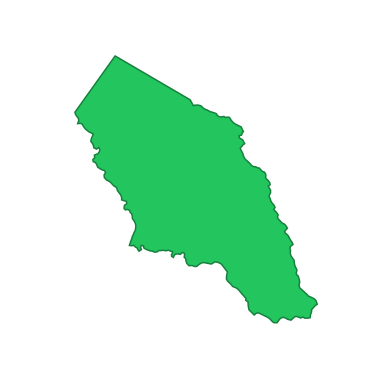 Arneiroz, Ceará, Brazil, rotated 76°
{"feature_id": "56859067B67924871405928", "entity_name": "Arneiroz", "entity_type": "district", "adm_level": 2, "iso_a3": "BRA", "parent_name": "Brazil", "parent_adm1": "Ceará", "projection": "orthographic", "projection_center": [-40.1, -6.242], "detail": "fine", "context": "isolated", "style": "filled", "palette": "green", "viewbox_px": 384, "rotation_deg": 76, "n_neighbors": 0, "source": "geoboundaries", "source_scale": "gbopen_adm2", "svg_char_len": 3649}
<svg xmlns="http://www.w3.org/2000/svg" viewBox="0 0 384 384"><g transform="rotate(76 192 192)"><path d="M342.6,107.8L341.0,107.2L339.1,106.3L337.4,105.1L335.0,104.3L333.7,102.3L332.2,100.2L331.2,97.6L329.3,97.8L327.6,97.9L325.4,99.0L323.7,101.0L322.4,102.5L321.0,104.4L318.7,105.4L317.3,106.6L315.8,107.4L313.4,109.1L310.8,110.8L307.9,110.6L305.5,109.3L303.6,109.1L301.2,109.2L299.4,109.2L298.0,110.2L296.2,110.6L294.5,109.7L292.8,109.0L290.5,109.6L288.2,110.0L285.8,109.9L282.8,109.5L280.4,110.5L277.9,111.4L274.8,111.4L273.0,110.6L270.8,110.7L268.6,109.7L267.4,106.7L265.0,107.1L263.0,107.8L260.6,108.6L257.7,109.2L256.0,110.2L254.6,111.4L252.8,111.7L251.3,109.9L250.2,108.2L247.7,108.9L245.6,110.0L243.7,112.2L240.5,113.9L238.9,114.9L237.0,115.2L235.1,113.9L232.1,115.0L228.7,117.0L227.2,115.2L225.2,115.4L222.4,116.8L219.7,117.7L217.5,117.7L215.3,118.3L213.2,117.3L211.9,116.0L209.1,115.3L207.1,116.0L204.8,116.6L203.9,114.5L202.1,114.3L199.5,115.1L197.4,116.6L195.8,117.1L194.1,116.4L192.3,116.2L190.2,116.9L189.2,118.5L187.4,119.8L185.2,120.7L184.2,122.8L183.0,124.0L182.4,125.8L181.1,127.5L179.2,128.5L177.5,129.4L174.5,131.4L172.3,132.8L169.5,133.3L166.7,133.4L163.6,134.2L161.2,134.7L159.8,132.7L158.7,131.2L157.8,129.2L155.5,129.8L153.7,130.2L152.3,131.7L150.9,132.9L148.8,132.6L148.8,130.2L146.9,129.0L145.8,127.5L143.2,128.1L140.8,128.5L138.7,131.0L137.4,132.6L135.1,134.9L132.2,136.5L128.7,137.6L128.0,139.1L127.8,141.4L126.4,142.8L126.3,145.1L125.7,147.3L123.8,148.9L121.8,149.5L120.1,152.0L118.4,155.0L116.3,157.2L114.4,159.9L112.5,161.3L110.8,162.2L109.2,164.8L108.5,167.7L108.5,169.8L102.1,171.5L41.4,233.7L86.3,286.3L88.4,286.3L90.9,285.4L93.0,284.4L95.5,284.7L98.0,286.4L98.4,283.7L99.4,282.2L101.4,281.7L103.3,281.0L105.3,280.1L107.1,278.7L108.9,277.3L110.2,275.6L111.9,273.8L114.3,275.6L116.6,277.2L118.6,277.9L120.8,276.8L122.8,276.4L125.3,276.6L127.3,274.3L126.3,271.8L128.5,271.1L130.3,272.0L132.1,273.9L132.3,276.0L132.6,277.8L135.1,278.1L136.6,280.4L138.7,280.5L140.0,278.6L142.0,277.9L145.0,277.5L147.1,275.7L148.9,273.7L149.9,271.8L152.1,271.1L154.0,273.1L156.7,273.6L159.9,271.9L161.0,270.5L162.7,268.8L165.3,267.4L167.5,266.1L168.7,264.7L170.5,263.9L172.3,264.1L174.1,263.4L175.7,262.7L177.9,261.8L180.1,261.6L182.7,262.2L184.2,259.7L185.2,257.9L187.6,258.2L188.6,260.8L191.3,261.9L193.2,261.1L193.3,258.8L194.9,257.0L197.0,256.9L198.4,255.8L201.1,255.8L203.4,256.3L205.6,255.3L208.3,254.6L210.9,254.6L213.6,255.5L215.6,256.4L217.3,258.0L219.2,259.3L220.7,260.7L222.5,261.6L224.6,263.1L226.3,264.2L228.7,265.7L229.5,263.8L229.7,261.5L231.5,260.4L232.9,258.9L235.0,258.4L236.6,257.7L235.6,255.0L233.4,255.3L231.5,254.2L232.6,252.1L234.5,252.3L235.9,251.2L237.4,249.2L239.0,246.9L239.8,244.7L241.0,243.5L241.5,241.9L241.6,240.1L240.8,238.4L241.3,236.3L241.6,233.9L242.8,231.4L242.7,228.9L244.4,227.0L245.0,225.3L246.6,225.8L247.8,227.1L249.6,227.3L251.0,225.8L249.6,225.0L248.3,223.2L248.6,220.7L249.7,218.4L248.3,215.9L249.8,214.1L251.8,214.7L253.5,215.4L255.1,214.2L257.3,214.5L260.0,214.3L262.8,212.8L263.3,209.8L265.1,207.1L265.3,205.4L263.8,202.2L263.1,199.5L263.4,197.4L266.6,190.6L265.3,186.6L266.6,183.8L268.9,181.0L273.0,179.2L278.1,177.0L281.7,178.7L284.7,179.7L287.1,179.0L290.5,176.8L293.5,175.4L295.7,172.4L297.6,170.8L308.4,165.4L310.1,166.1L312.1,164.2L316.0,165.0L320.1,165.2L326.4,161.4L325.2,159.0L325.2,157.1L326.5,155.3L330.9,150.1L332.2,148.6L333.9,147.2L337.3,145.3L338.7,144.0L339.4,141.1L336.3,137.3L335.5,134.6L336.5,132.2L338.7,130.0L340.3,126.9L337.9,122.5L338.0,120.7L340.6,116.9L340.2,114.7L341.8,112.9L342.4,110.4L342.6,107.8Z" fill="#22c55e" stroke="#15803d" stroke-width="1.5"/></g></svg>